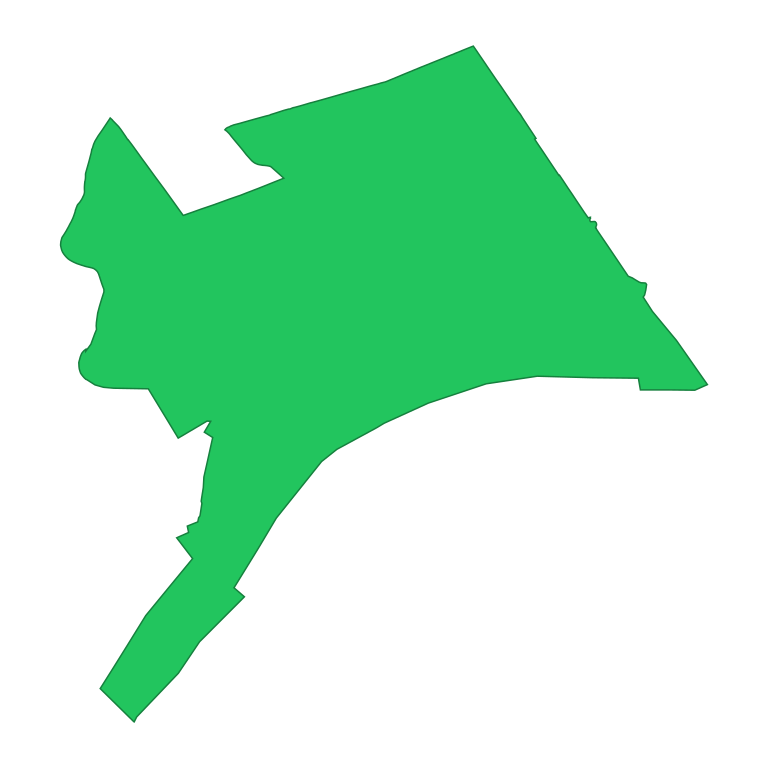 outline of Gostinu, Romania
{"feature_id": "2599482B60954600947831", "entity_name": "Gostinu", "entity_type": "district", "adm_level": 2, "iso_a3": "ROU", "parent_name": "Romania", "parent_adm1": "", "projection": "albers", "projection_center": [26.1, 43.984], "detail": "fine", "context": "isolated", "style": "filled", "palette": "green", "viewbox_px": 768, "rotation_deg": 0, "n_neighbors": 0, "source": "geoboundaries", "source_scale": "gbopen_adm2", "svg_char_len": 4648}
<svg xmlns="http://www.w3.org/2000/svg" viewBox="0 0 768 768"><path d="M134.2,721.9L136.7,716.9L178.4,673.2L199.6,641.7L244.4,596.8L234.0,587.8L255.3,553.2L259.7,546.0L276.3,518.1L321.6,461.5L336.9,449.3L376.7,427.7L384.2,423.2L428.3,403.1L486.2,383.8L537.3,376.2L592.5,377.7L638.4,378.2L640.4,389.9L667.7,389.9L694.8,390.2L707.4,384.6L706.3,383.0L697.1,369.9L684.3,351.6L676.5,340.5L652.4,311.4L643.2,297.1L644.6,295.0L645.8,290.0L646.6,284.5L645.6,283.1L644.1,282.9L641.2,282.8L639.2,282.1L635.5,279.9L632.3,277.9L628.2,276.2L608.1,246.4L598.1,231.7L596.3,228.9L595.8,228.2L596.1,228.0L595.6,227.2L596.1,226.3L596.3,225.8L596.5,225.3L596.6,224.3L596.3,223.0L595.2,221.7L594.3,221.5L592.7,221.6L591.1,221.7L590.6,221.7L590.0,220.9L589.8,220.2L589.8,219.6L590.0,219.2L590.5,218.3L590.4,218.0L590.4,217.7L590.3,217.8L589.9,217.5L589.6,217.4L589.2,217.5L588.9,217.6L588.2,217.9L584.2,212.2L580.4,206.5L576.1,200.1L572.2,194.2L567.9,187.9L563.5,181.2L559.4,175.1L558.9,175.4L558.3,174.5L556.1,171.2L549.8,161.8L542.4,150.7L537.9,144.1L534.6,139.1L536.0,138.4L532.8,133.5L528.1,126.4L522.6,118.0L520.9,115.2L520.2,114.1L518.9,112.5L517.7,111.0L508.6,97.6L505.1,92.5L500.9,86.3L496.1,79.5L492.0,73.5L487.9,67.5L484.2,62.0L480.5,56.6L475.2,48.8L473.3,46.1L471.7,46.7L465.7,49.1L454.6,53.6L453.4,54.2L450.7,55.2L439.9,59.6L434.9,61.6L421.2,67.1L405.4,73.6L387.4,81.1L385.4,81.9L380.6,83.1L379.5,83.5L377.4,84.1L376.6,84.3L373.9,85.0L368.8,86.4L360.8,88.7L352.5,91.0L349.3,91.9L349.0,92.0L348.5,92.2L348.2,92.2L341.3,94.2L336.5,95.6L322.5,99.6L317.1,101.1L312.7,102.3L312.4,102.4L310.3,102.9L304.3,104.7L299.8,106.0L296.1,107.0L294.6,107.4L293.5,107.6L292.8,107.8L292.2,108.0L291.4,108.4L290.6,108.7L289.9,109.0L289.3,109.0L288.5,109.1L287.8,109.3L283.8,110.4L274.5,113.4L271.9,114.2L270.6,114.6L270.4,114.7L269.5,115.2L269.1,115.3L268.8,115.4L268.6,115.4L265.7,116.1L255.5,118.9L244.5,122.0L239.6,123.4L233.7,124.9L232.2,125.5L230.3,126.2L229.9,126.6L227.3,127.6L225.9,128.6L224.9,129.8L226.8,131.2L227.5,131.9L229.0,133.4L230.1,134.7L230.8,135.7L233.0,138.4L235.7,141.7L238.5,145.0L240.9,147.9L242.8,150.2L246.3,154.7L248.2,156.8L250.7,159.6L251.7,160.7L253.0,161.8L254.5,162.9L255.7,163.5L256.9,164.0L257.9,164.4L259.8,164.8L261.6,165.1L262.7,165.3L264.4,165.4L267.1,165.7L269.2,166.1L270.2,166.4L270.8,166.7L271.5,167.2L279.5,174.3L283.8,178.2L258.3,188.4L245.5,193.3L242.0,194.7L240.2,195.4L237.8,196.2L229.4,199.1L216.8,203.7L216.1,203.9L215.2,204.3L207.3,207.0L201.1,209.1L193.3,211.9L183.6,215.3L183.2,215.4L180.0,211.0L174.5,203.3L168.9,195.5L164.0,188.7L159.4,182.5L155.1,176.7L149.8,169.4L145.3,163.2L141.6,158.2L136.6,151.2L132.2,145.1L128.1,139.7L127.9,139.8L127.3,139.0L125.7,136.5L121.3,130.1L120.2,128.6L119.7,128.0L118.9,126.9L118.0,125.9L113.7,121.5L112.9,120.7L112.3,119.9L112.1,119.7L110.2,118.0L109.4,119.3L102.4,129.8L98.2,135.8L95.0,141.1L93.6,144.3L92.5,148.0L91.8,149.5L91.2,152.8L89.0,161.3L85.8,172.6L85.5,174.0L85.5,175.3L85.5,176.9L85.4,178.7L85.1,180.8L84.9,181.3L84.6,183.9L84.4,186.9L84.4,189.0L84.5,191.9L84.3,193.3L83.9,194.8L83.2,196.3L82.8,197.0L82.8,197.3L82.6,197.6L82.1,198.5L81.8,199.2L81.4,199.8L80.9,200.6L80.3,201.4L79.8,202.2L79.4,202.7L78.8,203.3L78.1,204.1L77.7,204.6L77.5,205.0L77.2,205.3L77.0,206.1L76.3,207.7L76.0,208.7L75.5,209.9L75.0,212.2L74.5,213.6L73.8,215.7L72.8,218.3L71.2,221.7L69.8,224.2L68.6,226.6L67.2,229.1L66.3,230.8L65.6,231.9L64.0,234.5L62.3,237.0L61.8,238.0L61.4,239.6L60.9,241.4L60.7,243.3L60.6,244.3L60.6,245.5L61.1,247.8L61.6,249.8L62.5,252.0L63.6,253.8L65.0,255.6L66.5,257.3L68.2,258.9L69.9,260.1L72.2,261.4L74.2,262.4L76.9,263.6L79.0,264.3L81.3,265.1L83.0,265.6L84.8,266.2L85.8,266.5L89.4,267.3L91.9,267.9L93.7,268.5L95.6,269.8L97.4,271.6L98.5,273.7L99.3,276.0L101.8,283.7L102.8,286.5L103.9,289.3L103.9,292.0L101.6,299.2L99.5,306.2L97.7,313.0L96.4,322.5L96.3,324.5L96.2,325.7L96.3,327.0L96.5,329.6L96.1,330.5L95.1,332.9L94.8,333.6L94.7,333.9L90.9,344.2L85.8,351.2L85.8,349.3L84.3,350.4L83.3,351.4L82.2,352.7L81.7,353.4L80.9,355.3L80.2,357.2L79.6,359.5L79.1,361.3L78.8,362.6L78.9,364.5L79.0,366.8L79.3,369.0L79.9,371.1L80.6,373.1L81.5,374.5L82.9,376.3L84.2,377.8L85.8,379.3L86.7,379.6L88.9,381.0L95.0,384.9L103.5,387.3L113.7,388.2L148.3,388.8L170.1,424.7L178.2,438.1L207.0,421.1L210.7,421.3L204.3,432.2L212.7,437.5L207.7,460.1L203.9,477.0L203.6,482.3L203.3,487.6L201.6,498.3L201.4,499.8L201.2,501.2L201.9,503.4L200.0,515.8L198.6,517.8L197.8,521.9L192.5,524.0L187.3,526.1L188.6,532.5L180.2,536.2L176.7,537.8L192.6,558.6L169.2,587.0L145.8,615.5L126.5,646.7L113.4,667.7L100.2,688.6L126.8,714.8L133.5,721.4L133.8,721.7L134.2,721.9Z" fill="#22c55e" stroke="#15803d" stroke-width="1.5"/></svg>